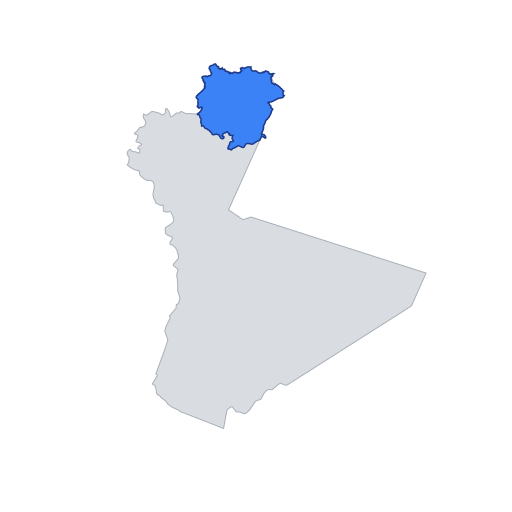 Kayes highlighted on a map of Mali, rotated 115°
{"feature_id": "MLI-2793", "entity_name": "Kayes", "entity_type": "Region", "adm_level": 1, "iso_a3": "MLI", "parent_name": "Mali", "parent_adm1": "", "projection": "albers", "projection_center": [-10.556, 13.794], "detail": "fine", "context": "in_parent", "style": "filled", "palette": "blue", "viewbox_px": 512, "rotation_deg": 115, "n_neighbors": 0, "source": "natural_earth", "source_scale": "10m", "svg_char_len": 9523}
<svg xmlns="http://www.w3.org/2000/svg" viewBox="0 0 512 512"><g transform="rotate(115 256 256)"><path d="M101.6,369.1L101.8,367.5L100.4,366.4L100.4,365.8L101.1,361.0L101.1,359.8L101.7,357.4L100.7,356.3L100.5,355.5L98.3,352.4L97.6,349.8L96.5,348.0L93.9,347.5L92.9,348.9L92.3,349.2L91.3,348.1L91.0,347.2L91.0,346.3L87.6,342.2L87.8,340.0L89.1,338.8L89.6,336.9L88.4,334.7L88.6,332.6L88.4,329.7L86.5,327.1L85.2,325.9L84.0,324.1L85.0,320.0L83.0,316.4L86.7,317.9L88.5,316.6L90.2,314.8L91.6,312.4L92.3,309.5L92.6,307.0L94.1,303.0L95.8,301.1L99.5,298.4L100.5,298.7L106.5,304.5L109.9,307.5L111.2,309.1L112.3,309.1L114.0,306.2L115.7,303.8L116.5,303.2L122.5,302.8L125.6,303.3L128.4,304.0L132.4,304.2L142.8,302.3L143.0,301.2L142.8,299.8L143.2,298.7L144.1,297.7L144.8,297.5L145.2,300.8L146.1,301.3L148.5,301.5L225.8,300.4L228.6,283.2L222.8,277.0L199.6,94.7L235.4,94.0L241.7,97.9L360.1,173.5L360.8,176.1L360.8,179.6L361.7,180.7L363.5,181.8L370.2,184.9L370.8,185.5L371.1,186.9L372.0,188.6L373.4,189.6L375.1,190.2L377.1,190.7L383.1,190.9L384.4,191.6L387.2,194.7L388.6,195.2L396.8,196.5L399.5,197.2L402.4,198.5L404.0,199.7L404.2,204.7L405.5,207.9L405.5,208.7L404.3,210.1L404.1,211.1L402.7,213.7L403.1,214.7L406.0,216.5L407.5,217.0L409.1,216.9L426.0,212.5L429.0,259.2L428.4,260.0L428.5,268.3L427.5,273.3L425.5,277.0L424.4,282.5L423.6,283.6L423.2,286.8L422.0,288.6L419.8,289.5L416.0,293.1L415.8,295.9L406.4,294.9L405.8,295.0L405.4,295.4L405.3,296.9L381.3,299.0L369.5,300.3L362.4,307.0L357.6,307.8L351.5,307.6L348.4,307.7L347.2,308.1L347.0,309.2L337.3,306.4L333.8,307.6L333.2,307.3L332.7,306.6L331.0,306.3L328.2,306.6L326.3,307.1L320.4,312.4L317.1,313.8L311.1,317.0L307.0,319.7L305.5,320.2L303.1,320.4L301.1,321.0L299.6,326.8L298.4,327.4L291.0,325.4L289.6,325.8L288.3,326.5L284.4,330.0L282.4,332.7L281.4,336.4L281.7,338.7L281.0,339.4L279.2,339.7L275.7,339.0L274.7,339.4L274.3,341.2L274.5,345.0L273.8,347.7L271.8,348.6L270.3,349.6L269.1,350.0L268.0,349.7L262.0,346.0L260.0,345.4L257.8,345.9L255.7,347.6L252.0,351.8L252.5,353.3L253.6,354.9L254.4,357.0L254.4,358.9L249.1,361.7L250.4,363.6L250.4,369.0L247.9,371.5L247.1,373.0L244.7,374.8L242.6,375.8L236.1,377.4L233.5,379.2L232.2,380.5L232.0,382.0L232.3,383.7L233.6,387.2L233.3,390.4L232.3,394.1L231.3,395.8L228.3,397.8L228.8,400.2L229.1,403.7L228.7,408.2L227.8,411.3L227.1,411.0L224.2,411.2L221.0,412.2L219.8,413.0L219.6,414.0L216.9,416.5L215.1,416.4L213.4,415.8L212.5,415.2L212.4,414.8L213.5,412.8L213.5,412.1L212.4,408.7L212.5,407.8L212.1,405.2L211.8,405.1L208.3,406.3L208.2,406.8L208.7,408.4L208.4,408.7L207.1,408.7L205.4,408.2L203.4,406.7L202.9,407.2L202.8,408.4L202.6,409.9L203.2,412.5L202.7,413.4L199.7,413.3L197.1,413.7L196.5,414.6L196.3,415.6L196.9,416.8L196.8,417.3L195.8,418.0L195.3,418.0L193.9,416.7L188.3,415.6L187.8,413.8L187.1,413.8L185.3,411.7L184.6,411.8L183.9,412.1L181.8,412.0L179.9,413.9L178.6,416.2L177.1,417.3L174.8,417.9L175.1,416.4L174.4,414.4L169.5,411.9L168.7,410.9L167.5,405.1L167.5,403.4L167.8,401.9L167.7,400.8L167.1,399.9L165.7,399.0L164.2,398.6L162.3,399.8L161.3,400.0L160.5,399.9L160.0,399.5L160.1,398.9L162.1,395.8L163.1,394.5L165.2,393.0L165.7,392.3L165.7,391.7L165.5,391.2L164.2,390.7L162.1,389.3L160.9,389.1L160.0,388.5L159.0,386.2L158.5,385.8L157.5,385.6L156.6,385.0L156.6,379.6L154.6,375.5L152.7,370.3L151.8,369.1L150.1,368.1L148.1,367.4L146.3,367.2L144.2,367.8L144.3,368.3L145.4,370.0L145.6,370.9L145.4,371.8L145.1,372.4L142.3,373.0L138.6,374.9L137.4,377.1L136.6,377.3L135.2,377.1L125.5,373.4L121.4,375.0L118.7,378.2L118.1,379.3L116.9,380.2L116.2,380.2L115.4,379.6L112.6,374.7L111.4,373.5L109.9,373.5L108.5,374.3L107.2,375.9L105.5,377.5L104.4,377.9L103.4,377.7L99.4,374.3L99.2,373.6L101.0,369.7L101.6,369.1Z" fill="#d9dde1" stroke="#a8b0b8" stroke-width="1"/><path d="M92.5,349.4L92.4,349.4L92.1,349.1L91.8,348.4L90.9,348.0L90.9,347.7L91.2,346.5L91.2,346.2L91.1,345.9L90.5,345.7L90.0,345.1L88.8,344.2L88.4,343.7L88.0,343.0L87.7,342.2L87.3,341.3L87.0,340.9L86.7,340.6L88.5,339.6L89.2,338.9L89.6,337.9L89.7,337.0L89.7,336.6L89.6,336.2L89.2,335.7L88.5,335.1L88.3,334.5L88.3,333.6L88.8,331.9L88.9,331.0L88.9,330.5L88.1,328.7L87.9,328.4L87.6,328.2L86.8,327.9L86.3,327.4L86.1,327.1L86.5,327.0L86.6,326.7L86.4,326.4L84.2,325.6L84.2,324.6L83.9,322.8L84.0,322.4L84.6,322.0L84.7,321.3L85.4,320.5L85.4,320.1L84.9,319.8L84.8,319.6L85.1,319.0L84.5,318.9L84.2,318.8L83.9,318.2L83.5,317.8L83.3,317.2L83.7,317.4L84.2,317.5L84.6,317.4L85.5,317.1L86.0,317.0L86.3,317.2L87.2,318.0L87.4,318.1L87.6,317.9L87.7,317.5L87.9,317.4L88.3,317.5L88.7,317.5L89.1,317.4L89.5,317.1L90.0,316.4L90.3,316.2L91.1,316.0L91.5,315.8L91.8,315.5L92.1,315.0L92.4,314.7L92.7,314.5L92.7,314.4L92.5,314.1L92.5,313.9L92.6,313.2L92.9,312.4L92.9,312.0L92.9,311.7L92.7,311.5L92.5,311.3L92.3,311.3L92.1,311.4L91.9,311.3L92.0,310.5L92.2,309.6L92.3,309.4L92.2,308.9L92.2,308.4L92.6,307.2L92.8,305.9L93.6,304.3L93.9,302.8L94.2,302.1L94.7,301.5L94.8,300.5L95.4,300.6L96.0,300.8L96.5,300.8L97.1,300.5L97.9,299.7L98.2,299.5L99.0,299.2L99.3,298.7L99.0,298.3L100.4,298.5L100.9,298.7L101.5,299.2L103.4,302.1L103.8,302.5L109.1,306.5L109.8,307.2L110.4,308.3L111.2,309.1L111.9,310.1L112.1,309.8L112.4,308.5L112.6,308.2L113.1,307.6L113.4,307.3L113.6,306.5L113.7,306.1L114.1,305.8L114.7,305.7L114.9,305.3L115.4,304.9L115.6,304.5L115.6,303.6L115.6,303.2L115.9,302.9L116.2,302.9L117.5,303.1L118.4,303.1L119.9,302.7L120.3,302.8L120.6,302.8L122.8,302.8L123.4,302.9L124.4,302.8L124.7,302.9L126.5,303.6L127.2,303.5L128.4,304.2L128.9,304.4L129.7,304.4L132.2,304.0L134.6,304.3L135.4,304.1L136.6,303.3L137.1,303.2L138.1,302.9L143.3,302.7L142.7,300.1L142.7,299.5L143.0,298.9L144.3,297.3L144.7,297.1L145.2,297.3L145.3,298.0L145.0,299.5L144.9,301.5L149.3,301.5L149.7,301.9L151.9,303.7L152.5,304.2L155.5,305.9L156.4,306.9L156.6,307.4L156.8,309.1L157.8,311.7L159.1,312.6L161.4,312.8L162.7,313.0L163.1,313.5L163.4,314.9L163.2,318.1L163.7,318.8L167.2,321.3L168.5,322.7L170.1,323.0L170.4,323.3L170.2,324.5L170.8,326.6L170.2,327.0L167.8,327.4L166.7,327.1L165.2,327.4L164.2,327.6L163.6,327.5L163.0,327.0L162.4,325.8L161.9,325.3L161.5,325.1L161.0,325.2L160.5,326.2L159.8,327.2L159.0,327.5L158.3,327.8L156.5,327.8L157.4,330.2L157.5,330.6L157.6,331.1L157.4,331.7L157.1,331.8L156.7,331.6L156.3,331.8L156.2,332.1L156.3,332.9L156.2,333.2L156.0,333.6L155.8,334.1L155.5,334.4L155.6,334.7L155.7,334.8L156.4,335.4L157.0,335.6L157.2,336.1L157.4,336.2L157.6,336.2L158.4,337.1L158.8,337.4L160.6,337.7L161.1,337.6L161.4,337.1L161.1,337.0L161.1,336.7L161.5,336.0L161.5,335.5L161.7,335.3L162.1,335.2L162.8,335.1L163.4,335.3L163.8,335.8L164.1,336.5L164.1,336.8L164.0,337.9L163.3,338.7L162.8,339.7L162.2,340.3L162.0,340.6L162.0,341.0L162.3,343.5L162.8,344.0L163.0,344.3L163.2,344.8L163.9,345.4L164.1,345.8L164.3,346.7L164.2,347.1L164.0,347.4L163.5,347.7L163.3,348.0L162.8,349.6L162.6,350.3L162.0,351.2L161.9,351.7L161.9,353.1L161.6,353.8L161.5,354.1L161.7,355.3L161.7,355.8L161.6,356.5L160.6,358.0L160.4,358.5L160.4,359.1L160.6,359.4L160.9,359.7L161.2,360.2L159.4,361.2L159.1,361.5L158.5,362.3L157.7,362.8L156.7,363.1L155.8,363.3L155.0,363.7L154.3,365.1L152.6,366.5L151.7,368.1L152.5,368.6L152.1,369.1L149.5,367.8L148.6,367.5L147.0,367.1L146.7,367.1L146.4,367.4L145.7,367.1L145.2,367.4L144.2,367.6L143.9,368.0L144.0,368.2L144.7,369.0L145.3,369.3L145.4,369.9L146.0,370.0L146.1,370.4L146.0,370.8L145.8,371.2L145.5,371.3L145.6,371.8L145.5,372.1L145.0,372.6L143.7,372.3L143.3,372.4L142.5,372.8L141.7,373.4L139.3,374.3L138.6,374.7L138.3,375.1L138.1,375.4L138.2,376.2L138.1,376.5L137.3,377.4L136.1,377.4L135.7,377.3L135.1,376.9L134.9,376.8L134.1,376.9L133.7,376.7L133.0,376.1L132.2,375.9L131.4,375.5L130.7,375.3L130.1,374.8L129.3,374.7L128.6,374.2L127.9,374.2L127.5,374.1L126.7,373.8L126.0,373.6L125.8,373.3L125.6,373.3L124.8,373.6L124.7,373.8L124.4,373.6L124.3,373.9L123.8,374.1L123.8,374.4L123.5,374.3L123.2,374.1L122.2,374.9L121.8,375.4L120.8,375.3L120.4,375.4L120.4,375.6L120.6,376.1L120.3,376.3L120.3,376.9L119.9,377.2L119.5,377.4L119.2,377.6L119.4,378.1L118.6,378.5L118.2,378.7L118.0,378.9L117.8,379.7L117.5,380.0L117.3,380.2L117.0,380.4L116.1,380.4L115.5,379.8L114.6,378.1L114.1,377.5L114.0,377.3L114.0,377.1L114.3,376.5L114.1,375.9L113.7,375.6L113.2,375.4L112.7,375.0L111.9,373.6L111.5,373.4L111.0,373.2L110.6,373.2L109.6,373.5L109.1,373.5L108.8,373.6L108.7,373.8L108.4,374.7L108.1,375.0L107.5,375.5L107.0,376.1L106.5,376.3L106.4,376.9L106.2,377.4L105.9,377.7L105.2,377.8L104.5,378.1L104.1,378.1L103.2,377.7L102.4,377.1L101.6,375.9L101.2,375.6L99.9,375.0L99.5,374.7L99.1,373.8L99.4,373.2L100.1,372.5L100.5,371.7L100.5,371.2L100.3,370.3L100.4,369.8L100.7,369.6L101.3,369.6L101.7,369.6L101.7,368.6L101.9,368.0L101.9,367.5L101.6,367.1L101.4,367.5L101.1,366.4L100.9,366.5L100.8,366.9L100.6,366.7L100.4,366.3L100.0,366.1L100.6,365.8L100.6,365.5L100.5,365.0L100.7,364.0L100.5,363.8L100.1,363.6L100.1,363.3L100.4,363.0L100.6,362.4L101.2,362.3L101.4,362.0L101.4,361.8L101.1,361.4L101.3,361.1L101.3,360.9L101.3,360.4L101.1,360.1L101.0,359.9L100.8,359.8L100.8,359.7L100.9,359.4L100.8,359.1L101.1,358.4L100.9,358.0L100.9,357.9L101.0,357.8L101.4,357.9L101.7,357.7L101.8,357.6L101.7,356.8L101.6,356.5L101.4,356.3L101.4,356.7L101.2,357.0L100.6,357.0L100.8,356.2L101.0,355.9L100.7,355.8L100.2,354.9L100.4,354.5L99.8,354.3L99.0,353.8L98.6,353.7L98.5,353.3L98.5,352.5L97.9,351.7L97.8,351.4L97.9,351.1L98.2,350.7L98.1,350.3L97.6,349.8L97.1,349.1L97.0,348.7L97.0,348.2L96.5,348.3L96.3,348.3L96.2,348.1L96.3,347.8L96.2,347.7L95.0,347.8L94.8,347.6L94.5,347.2L94.2,347.2L93.9,347.3L93.7,347.7L93.5,348.6L92.5,349.4Z" fill="#3b82f6" stroke="#1e3a8a" stroke-width="1.5"/></g></svg>